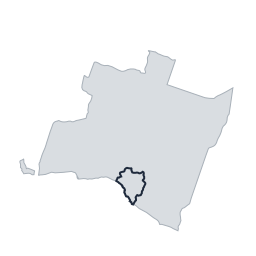 Benguela on a map of Angola (Mercator projection), rotated 289°
{"feature_id": "AGO-1887", "entity_name": "Benguela", "entity_type": "Province", "adm_level": 1, "iso_a3": "AGO", "parent_name": "Angola", "parent_adm1": "", "projection": "mercator", "projection_center": [13.731, -12.811], "detail": "fine", "context": "in_parent", "style": "outline", "palette": "slate", "viewbox_px": 256, "rotation_deg": 289, "n_neighbors": 0, "source": "natural_earth", "source_scale": "10m", "svg_char_len": 5927}
<svg xmlns="http://www.w3.org/2000/svg" viewBox="0 0 256 256"><g transform="rotate(289 128 128)"><path d="M207.8,122.2L208.1,124.0L208.4,126.4L208.6,128.1L208.8,128.9L208.9,129.3L208.6,129.8L208.4,130.9L208.1,131.8L207.9,132.4L208.0,133.6L207.7,137.2L207.7,138.9L208.2,142.0L208.1,143.0L207.1,145.9L206.8,147.3L206.7,148.1L207.8,150.2L207.8,150.6L206.9,150.8L206.2,150.8L181.7,150.8L181.7,187.8L181.7,190.9L182.5,195.1L183.9,199.7L184.5,200.1L186.0,201.0L188.0,202.7L189.1,204.0L191.4,206.3L194.5,209.2L200.1,214.1L181.4,217.7L174.3,219.0L173.7,219.0L172.6,218.5L170.3,218.4L167.6,219.1L165.5,219.3L163.9,219.0L162.3,218.4L160.8,217.5L158.2,217.1L154.5,217.4L150.9,217.2L147.5,216.6L145.0,216.4L143.5,216.5L141.9,216.3L140.2,215.8L138.8,214.9L137.1,213.1L135.8,211.3L135.4,211.1L135.0,210.8L134.6,210.7L127.2,210.6L82.3,210.6L77.0,210.9L76.6,210.8L76.0,210.6L75.5,210.2L74.1,209.2L72.8,208.4L71.0,207.2L69.9,205.8L69.0,205.3L67.3,205.1L66.0,204.8L65.0,204.8L63.2,205.4L61.8,206.1L60.8,206.7L59.1,207.4L57.7,208.2L55.2,208.1L54.7,208.2L53.3,208.1L52.0,207.5L50.7,207.6L49.2,208.4L47.1,208.7L47.6,203.5L48.1,201.2L48.2,198.4L47.9,191.3L47.5,190.4L47.2,189.2L48.5,188.4L49.2,187.7L50.1,186.5L50.7,184.9L51.5,181.3L54.2,173.0L55.5,164.8L57.1,161.0L57.8,156.7L62.3,151.2L63.4,147.8L65.8,146.1L69.1,144.3L71.5,141.2L72.7,139.0L74.0,134.8L74.0,130.5L74.8,124.6L74.6,123.0L73.4,120.7L73.1,119.0L72.0,117.4L70.8,116.2L70.2,114.0L68.0,110.5L67.4,108.2L66.4,106.6L66.3,104.6L65.7,102.4L64.7,100.3L63.6,97.9L63.6,97.1L64.3,96.2L64.9,95.9L64.7,96.3L64.3,96.9L64.4,97.3L68.4,93.1L68.6,92.2L68.5,91.3L68.5,90.2L68.6,88.8L64.9,81.0L61.9,73.7L61.3,70.1L57.4,65.3L55.8,62.1L54.9,59.9L54.2,59.1L54.5,58.7L55.5,58.6L57.8,58.1L60.9,57.5L63.8,56.2L64.6,55.7L66.1,55.5L67.6,55.9L68.2,55.6L68.5,55.6L72.2,55.6L73.7,55.5L76.5,55.6L78.3,55.7L79.3,55.8L82.0,56.0L85.5,56.0L86.7,55.9L91.1,55.8L99.5,55.6L103.9,55.7L107.2,55.7L108.8,56.1L110.2,57.0L110.8,57.8L111.1,58.1L111.5,59.0L112.3,59.6L112.5,60.6L112.3,62.0L112.4,63.7L112.9,65.6L113.8,67.7L115.2,69.8L115.8,71.5L115.6,72.8L116.0,74.1L117.1,75.5L117.8,76.2L118.3,76.8L119.5,78.9L123.3,84.9L123.9,85.2L124.7,85.1L126.5,84.9L128.2,84.8L129.5,85.4L130.0,85.3L131.9,84.2L133.8,83.9L135.8,83.5L136.8,83.1L138.0,83.1L141.2,83.9L141.8,84.0L144.4,84.0L147.0,83.5L147.4,80.0L147.4,79.4L148.0,78.1L148.8,76.9L148.9,75.9L148.9,74.4L149.5,72.6L151.2,71.2L154.0,70.5L155.6,70.4L158.2,70.0L162.0,69.6L163.4,69.6L163.5,69.8L162.7,72.3L162.7,73.1L163.0,73.9L163.7,74.4L171.3,74.5L178.7,74.7L179.1,74.8L179.4,75.0L179.9,76.3L179.8,78.6L179.1,82.1L179.3,85.4L180.6,88.5L180.7,93.1L179.7,99.5L179.5,103.5L180.1,105.1L181.3,106.9L183.1,108.7L184.6,111.1L185.6,114.0L185.9,115.8L185.7,116.6L185.7,117.9L186.0,119.8L185.6,121.0L184.6,121.6L184.3,122.5L184.8,124.1L184.9,125.6L185.6,126.5L186.1,126.6L187.1,126.1L188.3,125.1L189.3,124.7L190.7,124.7L192.7,125.0L196.1,125.1L197.2,124.9L200.4,123.6L201.2,123.5L202.5,123.6L204.3,124.0L206.1,124.1L206.9,123.7L207.0,123.2L207.3,122.5L207.8,122.2ZM64.6,39.4L64.4,39.6L63.0,40.2L61.4,40.8L59.4,43.0L58.4,44.0L58.1,44.2L57.1,44.7L56.5,45.2L56.5,45.4L56.9,45.7L57.4,46.2L57.3,49.8L57.1,53.4L56.9,53.7L55.6,53.8L53.9,54.1L53.3,54.3L53.1,53.9L52.6,52.6L52.9,51.4L53.2,50.4L52.8,48.5L52.0,46.8L51.0,44.7L50.8,44.3L51.5,43.6L52.7,42.1L53.2,41.3L54.6,41.1L55.1,40.6L55.4,39.7L55.6,39.2L57.1,38.8L59.0,38.1L60.0,37.2L61.0,36.7L61.7,36.7L62.1,36.9L63.3,38.3L64.3,39.2L64.6,39.4Z" fill="#d9dde1" stroke="#a8b0b8" stroke-width="1"/><path d="M57.5,158.5L57.5,158.4L57.4,158.2L57.4,157.6L57.4,157.4L57.3,157.0L57.3,156.8L57.3,156.5L57.4,156.3L57.5,156.2L58.0,156.1L58.2,155.9L58.3,155.7L58.6,155.5L58.9,155.4L59.0,155.2L58.9,155.0L58.9,154.9L58.9,154.7L59.0,154.5L59.1,154.2L59.5,154.0L59.6,153.9L59.6,153.7L59.8,153.8L60.1,153.6L60.4,153.5L60.5,153.4L61.4,152.3L61.8,152.0L61.9,151.9L62.1,151.5L62.9,150.6L63.1,150.2L63.1,149.8L63.0,149.5L62.8,149.1L62.7,148.7L62.9,148.3L63.5,147.7L63.8,147.5L64.7,146.7L65.0,146.5L65.1,146.4L65.3,146.0L65.4,145.9L65.8,145.6L66.0,145.4L66.3,145.4L66.3,145.5L66.6,145.5L67.1,145.2L67.3,145.1L67.5,145.1L67.8,145.3L68.0,145.4L68.4,145.3L68.8,145.0L69.4,144.4L69.7,144.2L69.8,144.0L69.9,143.8L69.9,143.2L70.0,143.0L70.1,142.7L70.3,142.3L71.1,141.5L71.0,141.9L71.0,142.0L71.3,141.8L71.5,141.3L71.9,140.9L72.1,140.7L72.4,139.6L72.8,138.8L72.9,138.4L73.1,137.4L73.2,137.2L73.4,137.0L73.5,136.8L73.6,136.6L73.7,136.3L73.9,134.9L74.1,134.5L74.1,134.2L74.7,134.1L75.1,134.2L75.4,134.2L76.5,134.4L77.3,134.3L77.5,134.4L77.8,134.5L78.0,134.7L78.1,135.4L78.2,135.7L78.4,135.9L79.0,136.3L79.3,136.6L79.9,137.4L80.7,136.7L81.4,135.9L81.6,135.6L82.3,135.2L82.6,135.1L82.9,135.1L83.2,135.1L83.6,135.4L84.9,137.2L85.2,137.9L85.6,138.4L86.4,138.7L86.9,138.6L87.4,138.5L87.7,138.5L88.0,138.5L89.2,139.2L89.5,139.4L89.6,139.6L89.7,139.9L90.0,140.1L90.2,141.8L90.2,142.0L90.6,143.4L90.6,143.7L90.9,144.3L90.6,144.6L90.1,144.7L89.6,144.8L89.3,144.9L89.0,145.1L88.7,145.3L88.5,145.7L87.9,146.0L87.6,146.3L87.4,146.5L87.5,147.2L87.4,147.5L87.5,147.9L87.8,148.9L88.0,149.5L88.4,150.3L88.7,150.8L88.8,150.9L88.9,151.8L89.0,152.5L88.9,152.8L88.8,153.0L88.8,153.3L88.9,153.6L89.0,154.0L89.5,154.6L89.8,155.0L90.4,155.4L90.9,155.9L91.4,156.2L91.1,157.2L89.7,157.9L89.4,157.9L88.8,157.8L88.1,158.2L87.6,158.8L87.3,159.1L87.0,159.2L85.7,159.7L85.2,159.7L84.1,159.2L83.6,159.0L83.1,159.1L83.0,159.4L83.0,159.7L82.8,159.9L81.9,161.8L81.5,162.3L80.8,162.6L77.9,162.2L77.4,162.3L77.1,162.2L76.5,162.0L76.2,161.9L75.9,162.0L74.9,162.2L74.3,162.2L73.9,162.2L73.5,162.1L73.2,161.9L72.8,161.8L72.5,161.8L71.1,162.2L70.7,162.3L70.5,162.2L70.0,162.1L69.6,162.0L68.9,162.0L68.7,161.9L68.5,161.7L68.2,161.0L67.7,160.4L67.5,160.1L67.4,159.8L67.5,159.5L67.6,158.8L67.6,158.6L67.4,158.4L65.0,157.8L64.6,157.9L64.4,158.1L64.2,158.3L62.6,159.0L62.2,159.1L61.9,159.0L61.4,158.6L60.4,158.4L59.8,158.2L58.6,158.0L58.2,158.1L57.5,158.4L57.5,158.5Z" fill="none" stroke="#1e293b" stroke-width="2"/></g></svg>